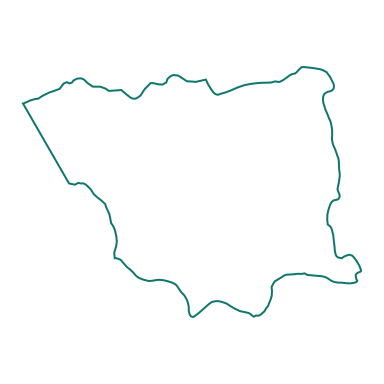 outline of Mandele, Saint Lucia
{"feature_id": "8701671B24321034687398", "entity_name": "Mandele", "entity_type": "district", "adm_level": 2, "iso_a3": "LCA", "parent_name": "Saint Lucia", "parent_adm1": "", "projection": "natural_earth1", "projection_center": [-60.884, 13.895], "detail": "fine", "context": "isolated", "style": "outline", "palette": "teal", "viewbox_px": 384, "rotation_deg": 0, "n_neighbors": 0, "source": "geoboundaries", "source_scale": "gbopen_adm2", "svg_char_len": 5065}
<svg xmlns="http://www.w3.org/2000/svg" viewBox="0 0 384 384"><path d="M205.8,79.6L200.6,80.8L195.5,81.9L193.0,81.6L187.1,81.3L185.0,80.0L178.3,75.6L173.2,75.0L172.8,75.2L170.6,76.2L168.1,78.4L167.5,78.9L167.2,79.7L166.3,82.5L162.4,84.6L158.3,84.3L153.2,83.1L150.6,83.1L147.6,86.2L144.7,89.1L142.3,92.8L140.6,95.4L138.3,97.2L135.5,98.7L133.4,98.7L131.4,98.1L130.5,97.5L126.5,94.5L121.3,90.0L118.0,90.3L108.8,90.9L106.1,89.0L105.4,88.5L104.7,88.3L100.3,86.7L92.9,86.7L88.0,83.4L83.9,79.5L82.0,78.7L81.0,78.3L77.2,78.6L74.4,80.0L73.6,80.4L72.3,82.2L71.4,82.7L70.5,83.1L69.5,83.4L67.9,82.6L66.9,82.2L65.2,82.9L63.9,83.4L62.3,85.2L59.7,88.8L57.9,89.5L54.1,90.9L52.1,91.6L49.5,92.4L42.8,95.7L40.3,97.3L38.2,98.7L37.1,98.8L35.1,99.0L29.2,100.8L27.1,102.0L23.0,103.5L69.0,183.4L74.9,184.7L78.2,182.9L80.8,183.4L83.4,183.4L86.0,184.7L90.8,189.4L93.8,194.2L97.1,197.2L101.6,200.7L105.3,204.2L106.0,206.8L109.4,214.2L111.2,223.3L113.1,225.9L114.6,229.3L115.3,231.9L116.4,236.7L116.8,241.5L116.4,245.0L115.3,249.3L114.2,252.8L114.6,256.7L114.7,258.2L116.1,258.1L118.9,259.1L120.7,259.8L121.5,260.8L123.7,263.3L126.7,266.8L130.6,270.0L131.2,270.6L132.0,271.3L132.8,272.1L133.5,272.8L133.9,273.2L134.4,273.9L134.6,274.1L135.3,274.9L135.5,275.2L136.0,275.7L138.6,277.8L143.2,279.6L146.4,280.4L147.7,280.8L148.9,281.0L150.4,280.9L152.8,280.7L156.3,280.0L157.9,279.9L160.2,279.8L161.4,280.0L163.9,280.3L165.9,280.8L166.7,281.0L167.2,281.1L167.6,281.2L168.9,281.6L170.8,282.1L173.4,283.2L175.0,284.1L175.6,284.5L176.2,285.1L176.4,285.3L176.9,285.8L178.1,287.6L178.4,288.0L180.5,291.2L181.5,292.4L182.5,293.5L183.5,294.5L183.8,294.8L184.3,295.5L184.7,296.0L185.0,296.5L185.5,297.4L185.7,297.7L185.9,298.1L186.3,298.8L186.4,299.2L187.1,300.5L187.9,302.8L188.7,306.4L188.8,311.5L189.0,312.1L189.3,313.2L189.9,314.9L190.9,316.2L192.4,317.0L193.8,316.7L194.7,316.1L195.1,315.8L197.1,314.3L198.3,313.4L198.7,313.1L204.8,307.7L208.2,304.7L208.8,304.2L209.9,303.3L210.2,303.1L210.6,302.9L211.2,302.4L211.7,302.1L213.7,301.6L214.0,301.5L214.3,301.4L216.0,301.1L218.9,301.2L222.5,302.1L225.5,303.2L226.8,303.7L227.5,304.2L227.9,304.4L228.9,305.1L231.3,306.6L232.0,307.0L234.8,308.7L235.6,309.0L236.1,309.3L237.2,309.8L239.0,310.7L240.7,311.3L243.3,311.8L247.0,312.6L248.7,313.0L249.8,313.7L250.1,313.9L250.5,314.2L252.8,316.0L253.2,316.4L253.5,316.6L254.0,316.6L255.9,315.5L257.2,315.6L257.5,315.6L258.2,315.7L259.4,315.4L260.9,314.4L262.3,313.2L262.9,312.6L264.4,311.4L265.9,308.7L268.0,306.0L269.1,303.2L270.4,300.1L271.7,296.0L272.0,291.1L271.6,287.3L272.2,285.7L273.5,283.3L274.8,281.5L276.0,280.6L281.0,277.6L284.1,275.5L286.5,274.7L289.9,274.5L293.3,274.3L297.3,273.8L301.5,273.9L304.6,273.4L306.1,274.3L307.7,275.0L312.5,275.4L318.0,275.9L322.3,276.3L325.1,277.0L327.3,278.1L330.3,280.1L331.6,280.9L334.3,282.0L338.0,282.6L340.7,282.7L342.0,282.7L343.9,282.9L346.1,283.2L347.2,283.2L349.4,283.4L350.9,283.3L353.4,283.0L355.3,282.4L356.4,281.9L356.9,281.5L357.2,280.8L356.6,279.7L356.4,279.3L355.9,277.0L355.7,275.8L355.8,274.8L356.4,273.9L357.3,273.1L358.2,272.5L359.2,272.2L360.4,271.7L361.0,271.0L360.8,269.6L360.3,268.1L359.2,265.4L358.7,264.6L357.5,262.5L357.1,261.9L356.7,261.1L355.2,259.1L353.9,257.4L353.0,256.4L352.1,255.6L350.5,255.0L349.8,254.7L348.1,255.1L347.1,255.3L345.4,256.0L344.2,256.5L343.2,257.2L342.1,258.0L341.5,258.2L339.3,257.8L338.8,257.6L337.8,257.3L337.2,256.8L336.4,256.1L335.9,255.0L335.3,253.2L335.2,252.8L334.8,250.4L334.7,249.2L334.6,247.4L334.3,244.6L333.7,239.7L333.4,236.6L333.1,234.4L332.7,233.1L332.3,231.4L331.8,229.5L331.4,228.4L331.2,227.9L330.6,226.9L330.4,226.5L329.3,225.7L328.5,225.1L327.7,224.5L327.6,223.0L327.2,220.1L327.3,217.7L327.4,214.7L327.5,213.9L328.2,210.9L328.4,210.0L329.0,208.0L329.8,205.8L330.3,204.5L330.5,203.8L331.4,202.5L332.4,201.4L332.8,201.0L333.6,200.4L335.0,200.1L336.4,199.8L337.6,199.5L338.6,198.8L339.6,196.8L339.6,195.0L339.1,193.5L338.7,192.5L338.2,191.5L338.0,190.9L337.5,189.2L337.8,187.5L338.4,184.8L338.8,182.6L339.3,179.5L339.4,178.6L339.5,177.7L339.6,177.4L339.8,176.0L339.6,173.5L339.6,172.5L339.3,170.3L339.2,169.7L339.1,168.7L339.0,165.4L338.9,164.1L338.9,162.6L338.7,160.5L338.6,159.8L338.5,158.8L337.3,155.5L335.7,150.9L335.3,149.7L332.9,144.3L331.9,139.2L332.1,136.5L332.2,134.2L332.1,129.8L331.4,125.3L330.4,121.2L329.0,118.3L327.4,114.1L325.5,109.8L323.5,103.5L323.0,100.2L323.1,97.1L324.0,94.4L325.6,93.0L327.9,91.7L329.8,91.4L331.8,90.6L333.5,88.8L334.0,86.6L333.7,84.2L331.9,80.5L330.0,76.8L327.8,73.9L326.8,72.3L324.8,71.2L322.9,70.2L320.4,69.3L317.6,68.8L314.7,68.3L310.2,67.7L305.3,67.2L303.9,67.0L301.9,67.2L301.5,67.2L299.9,68.7L298.2,70.4L296.6,72.3L294.8,73.6L292.4,74.0L291.9,74.2L289.4,75.5L287.4,77.1L285.2,78.6L283.3,80.0L280.6,81.4L279.5,81.9L277.2,81.8L275.9,81.4L274.3,81.6L271.6,82.4L269.2,82.6L265.6,82.7L261.1,82.8L257.5,83.1L253.9,83.5L250.1,84.0L245.1,85.0L244.0,85.3L238.9,87.0L237.0,87.7L235.4,88.4L230.2,90.7L226.2,92.2L220.7,93.8L217.8,94.8L215.5,94.1L213.7,92.8L211.4,89.6L209.1,86.0L208.2,84.6L206.7,81.3L205.8,79.6Z" fill="none" stroke="#0f766e" stroke-width="2"/></svg>